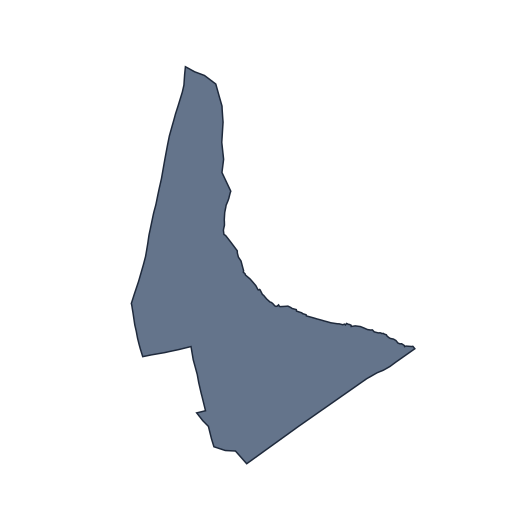 Adenta Municipal, Greater Accra, Ghana (Albers equal-area conic projection), rotated 347°
{"feature_id": "2480657B26321648161032", "entity_name": "Adenta Municipal", "entity_type": "district", "adm_level": 2, "iso_a3": "GHA", "parent_name": "Ghana", "parent_adm1": "Greater Accra", "projection": "albers", "projection_center": [-0.12, 5.715], "detail": "fine", "context": "isolated", "style": "filled", "palette": "slate", "viewbox_px": 512, "rotation_deg": 347, "n_neighbors": 0, "source": "geoboundaries", "source_scale": "gbopen_adm2", "svg_char_len": 2596}
<svg xmlns="http://www.w3.org/2000/svg" viewBox="0 0 512 512"><g transform="rotate(347 256 256)"><path d="M307.8,334.6L305.9,333.5L303.1,332.0L301.0,330.9L299.5,330.0L296.6,328.4L291.6,325.7L291.6,324.5L288.4,322.6L287.8,321.6L286.7,321.0L283.1,318.8L283.2,317.3L279.3,315.2L278.3,314.0L275.8,312.0L273.0,311.6L268.3,310.8L267.5,310.4L267.0,308.7L265.1,309.7L263.9,309.5L263.0,308.7L262.2,307.1L261.4,305.8L260.5,304.7L259.3,304.0L256.7,300.3L254.6,296.1L253.6,294.9L252.4,290.0L252.0,289.4L251.1,289.7L250.4,289.4L250.0,288.0L249.2,284.9L247.8,282.2L247.4,281.4L245.1,277.1L241.5,272.3L241.3,270.8L240.0,268.9L240.6,267.6L240.5,264.9L240.4,261.7L240.3,258.4L240.3,257.6L238.6,253.1L238.5,248.9L238.9,246.7L237.2,242.8L235.6,239.2L233.3,234.1L231.0,229.2L229.6,227.8L230.0,223.7L230.5,222.4L232.2,218.9L232.9,215.6L233.2,213.7L235.3,206.6L236.2,204.6L237.4,202.0L238.3,199.8L239.7,197.9L241.1,195.9L242.4,193.9L243.6,191.5L245.1,188.6L246.0,187.2L241.6,167.0L246.2,154.5L248.2,137.6L254.0,118.2L254.7,113.6L256.0,105.5L256.6,102.3L256.1,92.8L255.5,79.4L246.4,68.5L237.5,62.6L232.1,57.7L229.8,55.7L227.3,63.1L224.2,73.3L221.1,79.7L213.8,92.3L209.5,99.5L206.4,105.3L203.9,109.8L198.6,119.5L194.6,128.3L188.9,141.4L186.0,148.2L181.3,159.3L178.7,164.7L177.0,168.2L174.1,174.4L170.3,182.8L169.5,184.4L166.6,189.8L165.4,192.2L158.8,206.5L157.8,208.6L156.5,211.4L154.8,215.7L153.5,219.1L149.4,229.0L148.2,231.8L144.4,239.0L135.9,254.3L128.6,266.2L123.8,274.3L123.9,275.5L123.8,277.3L123.6,279.8L123.5,281.5L123.4,283.2L122.4,295.8L122.4,302.5L122.1,309.3L122.2,315.7L122.4,320.5L122.6,323.3L123.0,328.6L131.7,328.8L145.5,329.6L149.0,329.6L149.5,329.6L159.7,329.8L172.3,329.6L171.5,343.0L172.1,358.2L171.7,366.6L171.7,367.8L171.7,377.8L171.8,380.3L172.0,395.4L165.4,395.5L162.9,395.5L167.1,404.5L171.3,411.3L171.5,423.9L172.1,432.4L182.3,438.6L192.1,441.4L200.2,456.3L231.7,443.1L257.6,432.2L259.3,431.5L281.1,422.7L336.4,400.4L347.8,397.0L354.5,395.9L361.6,393.8L368.0,391.0L389.9,382.1L388.7,379.6L388.5,379.3L387.3,379.2L381.9,377.5L380.4,377.7L380.4,376.6L378.2,374.3L376.4,373.9L374.7,372.7L373.7,370.6L373.3,369.8L371.3,367.9L368.5,366.6L367.7,366.0L366.8,365.0L365.8,363.6L365.6,363.3L365.3,362.1L363.5,361.0L362.7,360.1L361.0,359.8L360.3,359.0L358.9,358.6L357.9,358.5L356.8,357.9L354.1,356.5L352.8,354.2L351.0,353.9L348.0,352.7L345.1,350.5L341.8,348.2L339.9,347.5L337.0,346.4L332.9,346.1L333.1,344.9L331.8,343.8L330.7,343.4L329.1,342.1L327.6,343.3L326.9,342.3L325.1,342.5L321.8,340.8L320.2,340.4L313.9,337.9L309.9,335.7L307.8,334.6Z" fill="#64748b" stroke="#1e293b" stroke-width="1.5"/></g></svg>